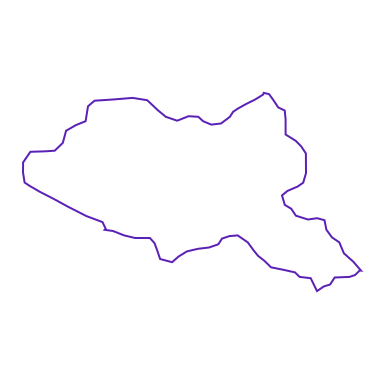 Vimmerby, Kalmar, Sweden
{"feature_id": "70781695B52045533675939", "entity_name": "Vimmerby", "entity_type": "district", "adm_level": 2, "iso_a3": "SWE", "parent_name": "Sweden", "parent_adm1": "Kalmar", "projection": "natural_earth1", "projection_center": [15.936, 57.699], "detail": "fine", "context": "isolated", "style": "outline", "palette": "violet", "viewbox_px": 384, "rotation_deg": 0, "n_neighbors": 0, "source": "geoboundaries", "source_scale": "gbopen_adm2", "svg_char_len": 1302}
<svg xmlns="http://www.w3.org/2000/svg" viewBox="0 0 384 384"><path d="M361.0,270.6L353.2,261.6L343.9,253.3L339.3,242.4L331.9,237.3L326.4,229.7L324.5,220.2L317.1,218.2L307.9,219.5L295.9,215.7L291.2,208.7L284.8,204.9L282.0,195.4L287.5,190.9L297.7,186.5L303.2,182.7L306.0,173.2L305.9,153.5L301.3,146.5L295.8,140.9L285.6,134.5L285.6,119.4L284.7,110.5L278.2,107.4L273.6,100.4L269.0,94.1L263.7,92.9L263.1,94.6L255.0,99.6L246.1,104.0L238.0,108.5L233.1,111.8L229.9,116.8L221.0,123.5L211.2,124.6L203.1,121.2L198.3,116.8L188.5,116.2L177.2,120.7L165.8,116.8L157.7,110.1L153.7,106.3L147.2,100.2L132.6,97.9L111.6,99.6L94.5,100.7L88.0,106.3L86.4,116.2L85.6,121.2L75.9,125.1L67.2,130.1L66.1,130.7L62.8,142.9L54.7,150.7L45.8,151.3L30.4,151.8L23.1,162.4L23.0,172.4L24.6,182.5L29.5,185.8L40.0,191.9L52.2,198.1L67.6,206.5L86.2,216.0L102.5,222.1L105.7,228.8L104.7,229.8L113.0,231.0L124.1,235.4L135.1,238.0L149.9,238.0L154.5,243.1L157.3,250.7L160.1,259.0L172.1,262.2L178.6,256.5L186.9,251.4L198.0,248.8L209.0,247.5L218.3,244.3L222.0,238.6L229.4,236.1L237.7,235.4L247.8,242.4L253.4,250.1L258.0,255.8L264.5,260.9L271.0,267.3L283.9,269.9L295.0,272.4L299.6,276.9L310.7,278.2L317.0,291.1L323.7,286.5L330.1,284.5L334.7,277.5L349.5,276.9L355.1,275.0L359.7,270.5L361.0,270.6Z" fill="none" stroke="#5b21b6" stroke-width="2"/></svg>